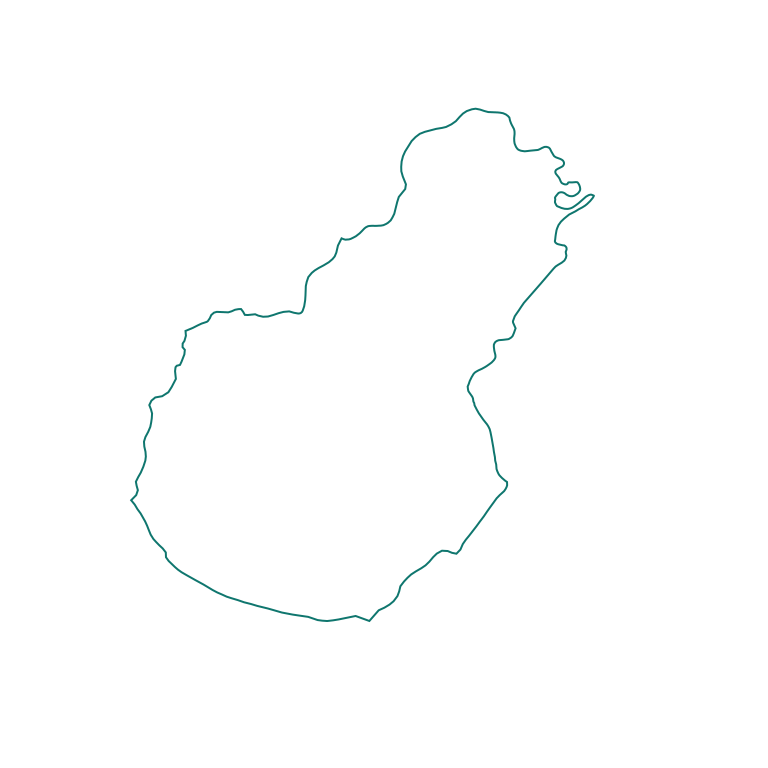 the district of Bacho, Narathiwat, Thailand, rotated 58°
{"feature_id": "78962969B22586560209583", "entity_name": "Bacho", "entity_type": "district", "adm_level": 2, "iso_a3": "THA", "parent_name": "Thailand", "parent_adm1": "Narathiwat", "projection": "equal_earth", "projection_center": [101.634, 6.553], "detail": "fine", "context": "isolated", "style": "outline", "palette": "teal", "viewbox_px": 768, "rotation_deg": 58, "n_neighbors": 0, "source": "geoboundaries", "source_scale": "gbopen_adm2", "svg_char_len": 6153}
<svg xmlns="http://www.w3.org/2000/svg" viewBox="0 0 768 768"><g transform="rotate(58 384 384)"><path d="M532.3,331.6L530.2,332.5L526.0,333.8L522.6,334.5L520.6,334.5L517.8,334.1L515.7,333.6L511.7,331.5L507.9,330.3L504.8,328.7L499.7,326.7L496.4,325.2L486.5,321.2L481.2,319.2L478.3,318.3L475.4,318.0L472.9,318.0L469.5,318.4L466.9,318.7L459.2,319.1L454.8,318.9L450.1,318.5L447.9,317.6L446.3,317.5L443.4,316.2L441.5,315.9L436.1,316.2L434.7,316.2L433.3,315.7L430.5,314.4L428.8,312.0L426.9,309.7L424.6,306.0L423.8,304.4L423.1,303.1L422.8,302.3L422.5,301.1L422.4,300.5L422.4,298.9L422.5,296.6L423.0,292.9L423.2,289.2L423.2,287.3L423.0,283.7L422.8,281.3L422.5,280.1L422.2,278.9L421.9,277.9L421.5,277.1L421.2,276.4L420.5,275.5L419.6,274.8L419.0,274.5L418.2,274.1L414.5,272.9L411.4,271.5L410.6,271.1L408.9,270.0L408.6,269.6L408.0,268.7L407.4,267.4L407.3,266.3L407.3,265.4L407.6,263.7L407.9,263.0L409.8,259.3L411.0,256.7L411.8,255.0L411.9,254.6L412.0,254.1L412.0,253.4L412.0,251.6L411.8,250.7L411.5,249.6L411.0,248.8L409.6,246.8L406.5,242.9L400.3,242.0L399.1,241.4L395.9,237.3L395.0,235.3L393.0,230.6L391.3,226.9L389.3,222.3L381.8,197.5L376.0,179.0L375.3,176.2L375.2,173.2L375.3,169.0L374.9,165.6L373.5,163.0L371.8,161.3L369.9,160.6L368.3,159.9L366.7,157.9L365.7,157.3L364.9,157.0L364.0,157.0L362.8,157.3L362.0,157.7L361.2,158.8L357.8,162.2L356.4,163.2L354.7,163.7L353.4,163.4L352.1,162.2L349.8,160.4L347.9,158.8L344.9,156.1L343.6,154.5L341.7,151.8L340.1,147.9L339.2,143.6L338.4,137.2L339.0,130.1L339.0,126.3L339.3,122.5L339.3,119.0L339.0,116.4L338.1,112.2L336.9,108.6L336.1,107.0L335.6,106.3L335.4,106.3L335.2,106.4L333.6,107.6L333.1,108.1L332.8,108.7L332.6,109.3L332.3,110.3L332.2,112.8L332.2,113.6L333.8,123.2L334.1,126.8L334.2,129.2L334.2,130.3L334.1,131.5L333.8,133.0L333.1,134.9L332.7,135.7L332.3,136.3L331.1,138.0L328.8,140.2L325.4,142.6L325.0,142.9L324.7,143.0L323.4,143.1L320.8,142.8L320.5,142.7L320.0,142.4L318.0,140.8L316.8,140.4L316.3,139.8L315.8,138.7L315.0,136.4L314.6,135.1L314.5,134.8L314.6,133.9L314.8,133.2L315.1,132.4L315.7,131.5L316.6,130.6L317.6,129.9L318.7,129.4L319.9,129.0L320.7,128.6L322.7,127.3L323.3,126.6L323.8,125.9L324.5,124.8L324.8,124.1L325.1,123.0L325.2,122.3L325.2,120.1L325.1,118.6L324.8,117.6L324.4,116.5L323.9,115.6L323.5,115.0L322.8,114.4L322.1,114.0L320.6,113.4L319.8,113.2L318.9,113.0L318.1,112.9L316.5,112.9L315.7,113.0L315.2,113.3L314.7,114.0L314.4,114.4L312.7,117.7L311.3,119.8L310.8,120.8L310.8,121.0L311.4,122.1L311.5,122.7L311.4,123.4L311.0,124.2L310.7,124.7L309.9,125.4L309.4,125.8L308.1,126.6L307.4,126.8L306.4,126.8L305.9,126.8L302.9,126.3L301.2,126.3L297.2,126.8L296.6,126.8L295.8,126.7L295.3,126.5L294.7,126.2L294.4,125.9L294.1,125.5L293.9,125.2L293.7,124.8L293.6,124.0L293.6,122.8L293.9,119.3L294.0,117.5L293.9,116.7L293.4,115.6L292.8,114.8L292.1,114.3L291.7,114.1L290.9,113.9L289.6,113.8L288.4,114.2L287.4,114.7L286.2,115.5L283.0,118.0L281.8,118.6L281.1,118.9L280.4,119.0L279.6,119.0L275.7,118.9L272.6,118.6L271.9,118.7L271.1,118.9L270.5,119.2L269.7,119.9L269.1,120.4L268.5,121.3L268.2,121.8L267.9,122.7L267.8,123.5L267.6,124.6L267.4,127.5L267.1,129.3L266.6,130.4L263.8,136.0L262.4,139.0L261.2,141.4L259.6,143.3L258.6,144.4L257.1,145.5L256.2,146.0L255.0,146.3L253.0,146.4L251.5,146.2L249.8,145.9L249.0,145.7L247.0,144.8L244.6,143.4L241.2,140.8L239.7,139.9L238.6,139.3L237.7,139.0L236.8,138.7L235.9,138.6L231.6,138.3L230.1,138.1L227.3,137.5L224.5,136.5L224.2,136.5L223.6,136.7L222.6,136.8L220.0,137.8L217.5,139.5L215.4,141.8L213.8,143.9L208.6,151.5L205.6,154.3L202.2,157.1L199.1,160.4L197.6,163.9L196.4,169.2L196.5,173.7L197.6,178.4L199.2,183.8L199.5,189.2L198.9,195.2L197.6,199.0L195.3,204.5L191.8,215.7L190.8,221.1L191.3,226.4L192.6,231.8L198.0,242.9L200.9,247.2L204.6,251.1L208.9,254.3L212.8,256.6L218.0,258.1L221.9,258.8L226.3,259.6L229.9,262.7L231.5,267.4L233.2,272.3L236.6,276.3L245.1,285.1L247.2,288.5L248.8,291.6L249.4,295.2L249.4,297.3L249.0,300.3L248.1,302.6L245.6,307.1L243.5,310.3L242.1,312.9L241.7,314.1L241.5,316.4L241.7,318.2L242.6,321.7L243.3,324.7L243.8,329.5L243.6,332.5L243.3,335.3L242.8,337.1L241.8,339.0L241.2,340.2L239.7,341.6L238.0,342.8L242.2,349.7L247.3,354.8L249.7,358.2L250.8,361.5L251.5,366.3L251.4,372.3L251.0,378.1L251.0,382.6L251.5,386.4L253.2,391.5L256.4,395.4L259.5,398.4L267.2,403.6L271.1,406.4L275.8,410.5L278.6,413.9L279.4,415.2L279.7,417.0L279.4,418.2L278.8,419.4L275.8,422.7L272.2,425.9L269.6,431.0L268.1,435.8L266.8,441.4L265.3,446.6L262.9,450.9L259.4,454.4L256.6,456.3L253.3,463.0L251.6,465.4L248.0,465.2L244.7,465.5L243.4,467.7L242.1,471.0L241.6,474.7L240.7,478.1L234.2,487.6L233.4,490.4L234.0,494.0L235.9,496.8L237.3,500.0L237.4,501.3L236.1,506.7L235.6,510.9L235.1,516.5L233.8,524.2L238.1,526.4L241.7,530.4L243.0,533.3L246.0,535.3L248.2,535.0L249.5,534.8L253.1,537.6L257.8,543.9L259.7,546.9L258.7,550.1L259.3,551.9L262.4,554.4L269.4,557.8L274.0,565.6L276.7,571.2L276.8,578.6L274.2,585.1L274.9,590.1L277.5,594.2L282.1,595.1L286.1,596.3L290.0,599.1L293.2,601.8L296.5,604.9L299.6,609.3L302.6,614.5L305.7,618.1L310.0,620.4L315.1,622.2L319.3,624.4L322.5,627.0L326.6,631.9L330.3,637.3L332.7,641.8L335.4,646.2L339.2,647.7L343.6,649.0L346.9,653.0L348.6,660.0L354.2,659.3L359.6,659.4L364.8,659.0L374.0,659.4L378.7,660.0L382.9,660.8L388.1,661.7L393.2,661.7L397.2,661.0L401.8,660.0L406.2,658.8L411.2,658.3L415.4,660.7L420.0,660.4L428.4,658.3L432.3,657.1L436.4,655.4L441.7,652.6L446.8,649.8L450.3,647.9L458.3,643.4L467.9,638.5L472.4,635.9L476.6,633.0L481.0,630.1L484.8,626.9L489.9,622.4L495.0,618.3L500.2,613.3L505.0,609.1L509.1,605.1L512.9,601.4L517.0,597.7L523.7,591.7L531.1,583.7L535.2,578.9L541.3,571.7L549.0,565.4L551.9,561.9L554.9,557.8L557.4,552.5L559.6,547.3L565.7,531.0L577.2,522.0L573.1,508.4L573.9,502.2L574.0,496.2L573.3,491.0L571.0,485.0L567.9,481.0L564.2,477.3L562.1,471.7L560.8,466.8L559.9,461.9L559.8,456.4L560.0,449.9L559.8,444.9L558.7,439.7L556.9,434.1L555.8,429.1L556.1,423.2L559.4,418.5L563.2,415.8L566.3,412.5L564.9,406.9L561.5,402.0L559.4,397.1L557.8,392.3L553.6,380.9L551.7,376.2L549.1,369.4L546.8,364.2L544.8,359.4L540.6,349.0L539.5,344.6L538.5,338.9L537.4,336.4L536.3,334.6L535.1,333.2L532.3,331.6Z" fill="none" stroke="#0f766e" stroke-width="2"/></g></svg>